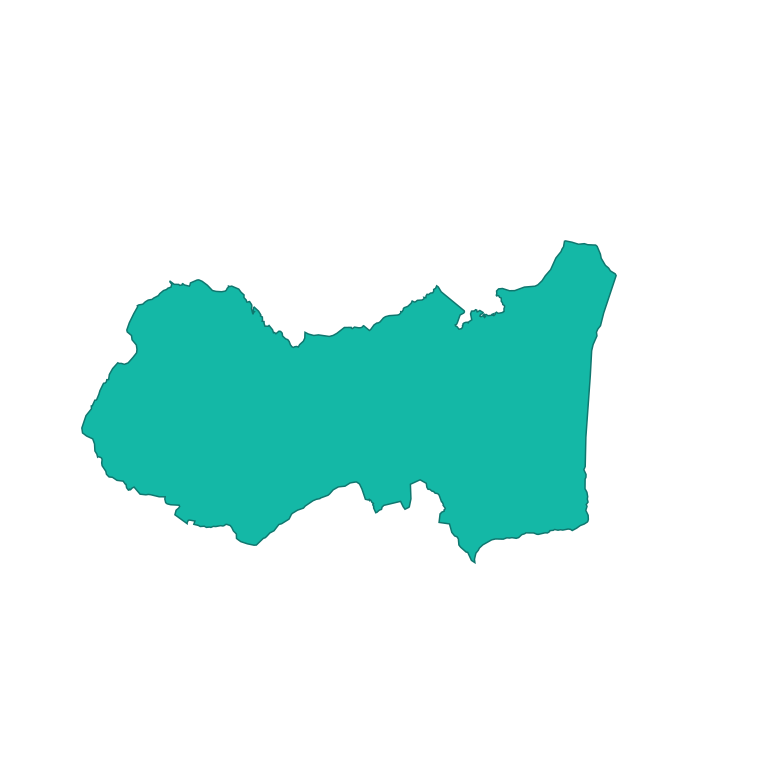 the district of Praid, Harghita, Romania, rotated 36°
{"feature_id": "2599482B16532186866863", "entity_name": "Praid", "entity_type": "district", "adm_level": 2, "iso_a3": "ROU", "parent_name": "Romania", "parent_adm1": "Harghita", "projection": "albers", "projection_center": [25.2, 46.586], "detail": "fine", "context": "isolated", "style": "filled", "palette": "teal", "viewbox_px": 768, "rotation_deg": 36, "n_neighbors": 0, "source": "geoboundaries", "source_scale": "gbopen_adm2", "svg_char_len": 6170}
<svg xmlns="http://www.w3.org/2000/svg" viewBox="0 0 768 768"><g transform="rotate(36 384 384)"><path d="M168.9,600.8L174.0,600.9L180.6,599.6L185.0,602.6L189.5,608.1L192.9,609.5L195.2,611.4L195.3,610.9L197.7,610.0L199.1,610.0L200.4,610.9L202.0,613.8L204.0,615.8L210.2,618.1L212.6,620.2L216.2,620.8L219.1,619.1L224.6,618.9L230.1,615.9L233.6,617.1L234.2,616.8L236.7,619.2L239.6,620.1L239.9,619.8L239.5,619.6L240.1,618.5L241.1,618.5L241.4,616.2L242.4,614.3L251.4,616.5L256.5,613.6L258.3,611.8L260.3,610.7L268.4,607.4L273.3,603.9L274.3,605.9L277.1,608.3L279.0,608.4L282.3,607.1L289.5,602.5L290.7,603.2L290.8,605.0L290.0,608.3L291.7,612.7L306.8,612.7L306.2,611.8L305.8,609.3L306.8,608.3L311.6,606.0L312.6,609.3L317.0,607.5L319.1,607.3L322.2,604.7L324.6,604.4L326.9,602.3L328.2,601.8L329.6,599.5L331.7,598.2L335.0,594.7L337.2,593.5L338.1,592.1L338.4,590.8L339.2,590.0L342.8,588.9L345.2,589.6L348.5,591.4L352.7,592.1L355.4,595.6L356.6,595.7L360.8,595.7L367.4,593.6L373.6,590.8L375.4,589.3L377.1,579.7L378.1,578.5L378.6,576.7L379.2,571.6L381.3,567.3L381.5,559.5L383.3,557.2L386.6,549.1L385.7,543.8L385.9,542.5L388.2,536.9L391.8,531.7L392.0,529.0L395.2,520.1L397.0,517.1L399.5,514.4L399.6,513.6L404.1,506.9L404.6,504.9L405.1,499.4L407.6,494.0L412.5,489.6L414.8,483.9L418.3,480.3L419.4,479.4L423.0,479.3L428.0,482.0L436.7,488.2L439.1,487.2L439.4,486.6L439.8,486.7L439.9,486.1L440.6,486.5L440.5,486.1L441.4,485.8L443.9,486.9L445.2,486.8L445.7,487.0L445.5,487.3L445.8,488.1L446.7,488.8L447.4,488.8L448.5,490.4L453.0,493.0L453.7,491.9L454.4,488.7L455.5,487.2L455.6,486.4L454.8,485.1L455.2,482.3L466.4,469.2L471.6,472.0L474.6,473.0L476.4,469.6L476.7,468.6L473.3,461.1L464.3,449.6L469.5,440.3L476.6,439.5L479.3,442.3L481.5,443.3L483.1,442.3L485.8,442.5L487.3,441.8L489.4,442.3L491.9,441.1L493.9,441.5L499.8,445.5L500.5,445.3L502.7,446.5L503.1,447.4L506.6,448.5L506.9,449.9L506.6,450.5L507.4,451.5L505.8,454.2L506.1,455.5L505.7,456.1L509.9,463.6L519.2,458.7L526.1,464.2L530.4,465.4L532.8,464.7L535.2,465.6L539.2,470.2L541.9,471.0L549.2,471.7L550.7,471.0L558.4,475.3L562.5,475.1L560.2,472.6L557.8,466.9L558.0,463.0L557.6,460.6L558.5,456.0L562.7,446.8L565.3,443.8L571.7,439.4L573.8,436.2L576.0,434.9L577.8,433.1L581.7,431.1L583.2,429.1L584.0,424.9L585.8,422.5L586.3,421.0L592.7,416.5L596.0,415.7L597.2,415.0L601.8,409.7L603.8,408.4L604.7,406.1L604.4,405.1L606.9,402.9L607.6,401.4L610.7,400.0L612.4,398.2L614.5,397.1L618.2,393.1L620.2,392.0L622.4,391.9L624.6,387.4L626.0,383.1L628.3,379.6L629.6,376.2L629.6,375.3L628.9,373.4L626.3,370.2L621.5,367.6L620.2,363.7L618.4,362.6L618.5,359.6L616.1,357.6L615.0,355.4L611.8,352.3L608.2,350.6L602.6,342.7L602.2,340.7L600.6,338.4L596.1,335.9L595.3,332.5L578.6,308.4L546.0,256.0L532.5,235.1L530.0,229.2L528.0,219.9L525.4,217.2L524.7,213.7L524.9,209.6L520.0,197.4L508.1,159.9L506.5,159.0L500.7,159.4L497.6,158.2L493.4,157.9L485.8,154.6L482.7,151.7L475.6,147.4L473.6,147.2L466.9,151.6L463.6,152.7L459.2,156.6L452.7,158.8L446.8,161.5L446.1,162.4L448.6,167.5L448.7,170.1L449.4,172.8L449.0,181.0L451.6,193.6L450.9,201.6L451.2,207.5L450.2,213.3L448.7,216.1L440.6,223.1L434.9,231.6L430.7,234.8L423.7,237.1L420.8,239.7L420.4,242.6L422.1,244.6L422.7,246.2L423.4,246.5L424.1,245.5L425.0,245.2L426.5,245.9L428.4,245.6L430.2,248.1L432.3,248.8L433.4,249.9L435.4,249.8L436.3,250.9L436.8,252.6L438.5,254.7L438.0,255.3L438.1,256.2L435.6,259.0L434.5,259.8L432.8,259.8L432.3,261.6L433.0,262.0L432.7,264.1L431.7,264.4L431.2,263.0L430.4,264.3L430.4,265.4L428.0,267.6L425.8,267.7L425.2,268.5L423.9,268.6L424.0,269.8L426.4,269.8L426.2,271.1L424.1,270.4L422.9,272.6L421.6,272.7L421.1,270.8L422.2,269.7L422.1,267.9L418.3,268.2L417.3,270.6L416.8,270.9L415.5,269.7L414.4,270.1L414.1,271.8L412.0,273.6L412.8,276.4L417.3,280.5L416.1,283.7L416.1,285.1L415.3,284.9L413.6,286.4L412.7,288.0L412.6,289.1L413.2,289.6L413.2,290.7L414.0,291.5L414.2,293.6L412.5,295.6L409.3,294.7L407.8,295.0L406.9,294.3L407.6,293.1L407.3,291.3L405.0,283.5L406.8,279.7L406.7,278.4L405.8,277.6L376.1,275.8L370.9,273.6L368.9,273.6L369.5,276.3L368.6,278.3L369.7,279.8L369.8,281.6L368.2,283.1L367.5,285.4L366.1,286.1L366.2,287.9L367.1,289.6L365.3,290.5L365.9,290.9L366.2,291.8L365.4,293.7L361.8,296.7L361.3,298.7L360.5,299.8L358.0,300.3L358.5,302.7L357.6,307.3L355.5,310.4L355.4,311.7L356.0,312.8L356.1,314.9L355.0,315.6L355.8,316.5L355.5,318.8L354.4,320.3L348.1,325.6L345.6,328.7L344.7,331.0L344.3,336.0L343.6,337.7L342.3,339.0L341.2,342.1L341.2,347.9L340.7,349.3L333.3,348.8L333.0,349.3L333.0,350.6L332.2,352.0L330.7,353.3L326.7,355.3L325.8,357.8L324.8,358.0L324.2,357.5L318.7,361.6L316.1,370.7L314.3,374.6L311.8,377.7L302.1,382.8L298.7,386.0L293.5,388.0L289.7,388.6L292.9,393.4L293.6,396.8L292.6,401.6L292.9,404.5L291.4,404.9L290.0,406.2L289.2,407.7L287.7,408.0L285.3,407.3L282.2,405.3L280.1,404.7L277.8,405.3L273.8,404.8L271.7,402.7L269.5,402.2L268.0,403.0L267.0,406.9L265.2,406.7L264.5,407.5L261.9,405.6L256.6,404.2L256.4,405.3L253.7,407.2L251.5,405.6L250.2,404.0L248.5,404.8L248.1,403.6L246.2,401.3L244.0,401.5L243.7,400.5L239.7,398.8L233.8,398.1L233.6,399.0L235.4,402.0L236.7,401.7L236.4,402.8L236.9,404.0L236.5,404.3L232.3,400.8L231.3,398.6L230.2,397.6L226.8,396.3L225.2,398.2L224.6,398.3L223.3,397.1L219.9,396.4L218.4,394.2L214.5,393.8L210.7,392.6L203.3,394.3L201.9,395.8L200.6,396.2L201.2,397.1L200.9,398.7L201.3,400.8L200.9,402.2L198.4,404.8L193.7,407.8L190.2,409.2L183.0,407.9L176.6,407.8L173.0,408.6L171.7,409.7L168.0,416.0L168.9,418.2L169.0,419.3L164.3,421.2L162.2,421.1L162.0,421.5L162.4,422.5L160.8,424.3L159.4,424.1L155.6,426.7L150.6,426.6L150.7,427.2L153.7,428.1L154.7,430.9L152.8,433.6L152.5,435.4L150.7,438.0L149.5,442.6L149.5,445.2L147.1,450.0L146.7,451.8L143.9,454.7L142.6,457.8L141.9,461.3L139.1,464.2L138.4,465.7L139.3,466.3L140.2,474.1L142.0,484.3L144.2,491.5L145.7,492.8L151.2,493.2L154.2,496.3L160.7,498.0L163.8,501.2L165.5,504.2L165.3,509.9L164.6,517.3L162.4,520.7L159.4,521.7L157.5,523.1L156.2,523.3L155.4,531.0L156.2,537.7L158.6,542.3L157.2,543.4L158.1,545.5L157.9,547.0L156.7,548.3L158.1,556.3L159.4,560.0L160.7,565.4L160.4,566.5L159.6,567.1L160.8,573.1L160.1,573.8L161.9,576.0L161.5,584.7L165.4,597.2L168.9,600.8Z" fill="#14b8a6" stroke="#0f766e" stroke-width="1.5"/></g></svg>